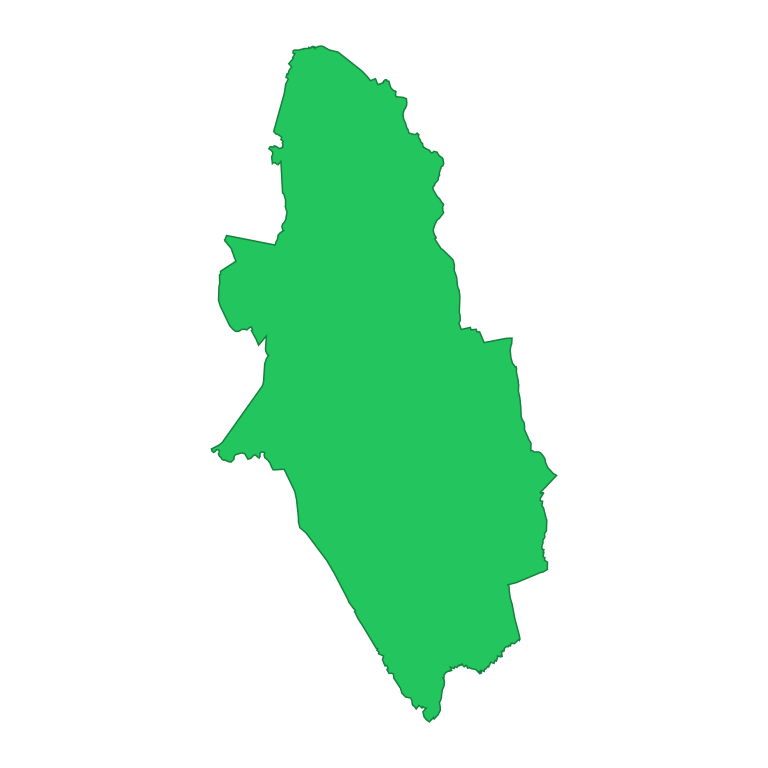 outline of Ixtaczoquitlán, Veracruz, Mexico
{"feature_id": "50627088B20096536906195", "entity_name": "Ixtaczoquitlán", "entity_type": "district", "adm_level": 2, "iso_a3": "MEX", "parent_name": "Mexico", "parent_adm1": "Veracruz", "projection": "natural_earth1", "projection_center": [-97.025, 18.851], "detail": "fine", "context": "isolated", "style": "filled", "palette": "green", "viewbox_px": 768, "rotation_deg": 0, "n_neighbors": 0, "source": "geoboundaries", "source_scale": "gbopen_adm2", "svg_char_len": 6068}
<svg xmlns="http://www.w3.org/2000/svg" viewBox="0 0 768 768"><path d="M219.5,275.0L219.7,283.8L219.0,286.4L218.5,300.3L220.3,306.1L229.6,325.5L232.9,329.3L235.5,331.3L236.9,331.4L239.4,331.0L241.6,329.5L244.6,329.2L246.9,329.9L248.8,328.1L251.0,326.8L252.6,329.8L251.4,330.6L256.1,339.2L258.6,345.2L266.4,335.9L265.5,349.2L265.9,351.5L266.8,353.4L267.7,354.7L268.7,355.4L266.5,358.5L264.7,363.8L263.6,381.3L262.9,384.6L262.2,386.2L222.0,442.8L218.8,445.2L211.4,449.0L212.1,451.2L213.5,452.4L214.7,451.9L216.3,450.1L217.4,449.7L218.3,449.9L219.1,450.7L219.3,451.7L218.5,453.9L218.9,455.2L219.6,456.4L221.0,457.6L222.1,459.5L223.4,460.1L224.5,459.8L227.9,461.5L231.0,462.1L234.0,459.2L234.1,456.6L235.3,454.8L241.4,452.9L244.8,453.7L247.9,459.2L250.5,458.5L253.9,455.2L255.1,454.9L259.1,458.1L260.1,456.3L259.9,454.1L260.4,452.8L261.9,451.8L264.7,452.6L264.1,455.2L264.8,457.6L267.7,460.0L269.8,462.7L271.8,467.5L273.2,469.9L284.2,469.3L294.8,491.4L296.5,499.3L298.4,516.9L298.5,522.2L299.9,527.7L306.1,532.9L327.0,560.8L334.5,573.6L347.9,599.5L348.9,602.1L353.6,608.6L355.5,610.3L355.4,610.8L354.5,611.4L358.5,619.4L362.7,625.8L376.3,648.4L377.6,648.6L376.9,650.3L379.0,652.0L378.5,653.8L383.6,655.9L382.5,659.7L385.0,665.9L386.8,665.4L388.2,668.7L386.9,669.5L389.0,673.4L391.3,673.2L393.4,673.9L393.9,678.3L400.5,688.3L401.9,693.3L405.8,697.1L410.7,698.0L412.0,701.1L412.2,703.5L412.8,705.3L414.2,706.2L416.2,709.0L418.9,705.4L422.0,708.0L422.8,706.7L424.2,707.7L426.2,708.1L422.9,711.8L424.1,716.9L426.2,719.6L429.3,721.9L433.5,717.5L434.1,719.0L438.1,714.7L440.3,710.3L440.2,707.0L439.4,702.0L440.2,701.2L441.5,697.4L441.4,696.0L442.4,689.5L444.0,686.1L444.4,682.4L444.1,679.8L443.3,678.5L443.7,678.7L443.9,678.0L444.0,678.3L444.0,674.8L446.1,672.3L449.6,670.7L449.7,671.1L451.7,670.4L450.3,667.2L454.1,668.6L454.9,666.6L457.0,667.5L457.9,666.0L459.0,665.9L459.3,664.8L460.9,665.4L461.9,663.8L463.7,666.5L464.5,666.7L465.4,665.7L466.6,665.5L467.6,668.2L469.7,667.5L470.1,668.1L471.5,668.7L475.7,669.4L479.8,673.7L481.1,673.1L479.8,671.5L481.4,671.8L481.0,670.4L484.2,671.3L484.5,669.2L485.6,669.1L488.0,666.2L488.7,666.9L490.7,662.2L494.0,663.4L495.2,660.3L496.4,661.0L497.6,657.3L497.6,656.0L500.8,656.9L500.9,656.0L502.1,656.3L501.4,651.7L502.8,651.6L502.7,650.8L504.1,650.9L504.3,648.7L505.8,646.8L508.2,646.7L508.8,645.5L510.4,646.0L511.1,643.3L514.5,643.6L518.7,639.5L519.4,640.4L520.0,639.0L518.8,633.5L514.8,618.7L512.2,604.6L510.2,597.8L509.4,591.9L509.0,586.1L507.9,584.8L516.7,582.5L540.0,572.7L543.3,571.9L547.3,569.4L547.5,562.2L544.4,560.2L544.9,557.7L543.0,556.7L543.9,552.3L543.1,552.2L543.9,549.6L542.3,549.4L541.7,546.7L543.1,542.6L542.7,541.6L542.9,540.8L543.6,538.8L544.4,538.1L544.8,536.7L544.5,534.0L544.9,532.7L546.4,531.0L546.8,519.9L546.2,518.9L543.6,508.2L541.9,505.6L542.6,501.2L540.9,501.0L540.3,500.5L540.2,499.5L540.3,498.4L543.6,493.1L543.1,492.7L540.6,493.1L540.3,492.6L556.6,475.4L553.2,473.5L547.8,467.6L545.5,462.5L545.0,459.0L543.4,456.2L540.5,452.8L538.3,451.9L534.6,452.1L532.2,450.6L530.9,450.6L530.9,444.9L531.1,444.3L530.8,442.6L528.7,439.5L527.6,436.4L525.7,432.4L524.4,429.0L524.7,427.3L524.0,422.5L521.9,419.0L521.1,416.1L520.8,407.4L519.8,397.5L518.4,391.1L518.7,384.4L518.3,383.3L518.4,381.7L516.4,372.2L516.5,368.3L516.1,366.7L515.3,366.9L512.5,363.2L510.9,357.7L510.2,350.2L510.9,345.8L511.7,343.9L512.0,338.1L505.9,338.4L484.1,342.6L479.6,331.9L477.0,331.9L476.2,329.3L471.0,329.8L470.4,327.4L461.3,329.5L459.9,325.9L459.0,323.3L460.2,320.5L460.1,315.6L459.3,312.3L459.9,296.2L459.1,290.4L457.8,287.2L457.4,285.0L456.6,277.1L454.2,270.4L454.4,265.3L453.6,261.6L452.7,259.4L442.6,249.6L441.1,248.7L434.7,238.9L436.1,238.1L435.8,236.7L435.0,235.8L433.4,232.1L433.4,229.3L434.5,225.5L436.8,220.6L437.7,219.4L439.2,218.5L443.6,212.7L442.9,210.6L442.6,207.2L443.5,204.8L443.2,203.8L441.7,202.3L439.6,198.8L438.0,197.4L436.4,195.2L433.3,189.8L432.6,187.6L434.6,185.2L434.9,183.6L437.8,180.4L438.4,178.9L438.4,177.2L439.7,175.0L439.2,173.8L440.2,169.9L441.0,168.1L441.0,167.1L441.3,166.6L442.9,165.8L443.7,163.5L443.0,159.1L442.4,157.9L439.3,155.8L437.6,153.3L437.3,152.3L434.2,151.3L432.1,152.8L431.6,152.7L430.6,152.1L429.3,150.2L425.8,148.7L424.1,147.3L423.5,147.3L422.9,145.9L422.5,143.4L420.6,141.8L420.4,140.3L418.8,137.6L418.2,135.3L418.9,134.8L417.2,133.1L415.8,134.3L414.0,134.5L409.0,133.0L407.9,129.4L406.6,127.4L405.7,123.7L403.8,119.3L403.2,116.8L403.1,114.1L404.0,110.2L405.5,108.2L406.6,105.3L406.8,102.8L406.4,98.7L403.1,97.4L396.4,96.8L395.9,96.3L395.5,94.1L396.0,91.7L394.9,90.8L393.2,90.3L391.1,88.1L390.2,86.1L388.9,81.2L386.8,81.0L386.6,79.8L385.1,79.8L383.4,81.5L383.2,81.9L383.5,82.5L378.2,84.7L376.5,81.7L376.1,80.0L375.3,78.7L370.5,80.7L367.2,76.5L361.7,70.8L338.0,52.1L329.1,49.9L323.2,46.5L321.7,46.1L318.9,46.3L315.9,47.4L315.4,47.2L315.1,48.1L314.9,47.6L314.4,47.9L313.8,47.6L314.2,46.9L313.6,46.5L313.0,46.8L312.9,46.5L312.2,46.5L311.1,47.2L310.4,48.3L308.9,47.3L308.5,48.4L303.4,48.6L302.7,49.4L301.4,49.2L299.0,50.1L294.5,50.1L293.2,50.7L293.0,53.1L294.9,53.7L292.6,57.8L293.1,58.5L288.7,63.7L291.6,66.8L289.1,70.4L287.8,74.4L287.1,73.9L286.0,77.3L287.5,78.2L288.2,79.2L285.8,83.9L284.2,93.8L273.7,131.4L275.6,133.8L277.9,134.5L281.7,137.1L280.9,139.6L282.0,140.2L283.1,141.6L282.3,142.9L283.0,144.7L283.1,145.3L282.5,146.0L282.9,147.2L279.8,148.6L276.8,147.1L276.8,146.7L274.3,145.8L273.7,147.0L271.5,146.9L270.8,146.6L269.8,147.0L268.9,148.8L271.4,150.5L272.6,152.2L272.7,154.6L271.8,156.1L271.7,157.6L272.4,163.6L273.4,162.7L275.2,162.7L276.8,164.2L278.1,164.7L280.9,161.5L282.6,193.1L283.7,193.5L285.5,199.7L285.6,205.3L285.2,206.3L287.0,212.1L287.0,213.2L286.3,215.7L286.4,216.6L286.0,217.1L286.1,218.6L284.6,221.9L282.6,224.1L281.9,226.8L282.9,230.7L283.3,230.8L280.2,232.8L278.1,235.2L277.6,238.8L276.8,240.8L276.2,241.3L275.7,243.6L275.0,245.0L226.6,235.5L224.9,239.8L224.6,239.9L225.0,241.2L226.6,242.7L227.0,243.5L231.7,249.0L231.6,249.6L234.2,257.0L234.3,257.8L235.0,258.6L235.8,261.3L220.5,271.3L220.6,274.1L219.5,275.0Z" fill="#22c55e" stroke="#15803d" stroke-width="1.5"/></svg>